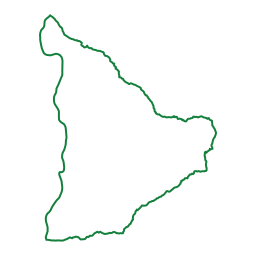 the district of Armenia, Antioquia, Colombia
{"feature_id": "7082276B11935891102033", "entity_name": "Armenia", "entity_type": "district", "adm_level": 2, "iso_a3": "COL", "parent_name": "Colombia", "parent_adm1": "Antioquia", "projection": "mercator", "projection_center": [-75.796, 6.174], "detail": "fine", "context": "isolated", "style": "outline", "palette": "green", "viewbox_px": 256, "rotation_deg": 0, "n_neighbors": 0, "source": "geoboundaries", "source_scale": "gbopen_adm2", "svg_char_len": 5761}
<svg xmlns="http://www.w3.org/2000/svg" viewBox="0 0 256 256"><path d="M178.2,186.3L180.5,183.6L180.6,182.6L181.3,181.9L181.2,181.0L181.5,180.7L182.0,180.7L182.6,180.5L183.0,180.1L183.3,179.7L184.4,179.4L184.8,178.5L185.2,178.2L186.6,178.1L187.3,178.3L187.5,178.2L187.9,176.9L189.9,174.5L190.9,174.5L191.8,173.7L192.2,173.7L192.9,174.1L193.3,174.0L193.7,173.5L194.5,171.3L195.7,171.1L197.1,171.4L197.7,171.4L198.8,171.1L200.3,171.7L202.5,171.2L204.4,171.3L205.0,171.0L205.8,171.0L206.6,170.2L206.6,168.1L206.0,165.7L205.9,164.4L206.4,161.6L206.2,161.1L205.5,160.4L205.3,159.8L205.0,156.9L204.6,155.9L204.9,152.6L205.1,152.2L205.7,151.8L205.9,152.0L206.1,152.8L206.3,152.7L208.5,150.7L209.8,150.0L209.9,149.0L210.8,149.3L212.4,148.8L212.4,147.8L211.5,146.0L211.5,145.0L212.3,143.3L213.0,140.1L214.1,137.7L214.8,137.0L215.9,133.8L216.0,132.8L215.7,131.7L214.6,128.8L213.5,127.3L213.0,126.2L212.3,125.4L212.2,123.2L212.0,122.2L212.1,121.1L211.9,120.8L211.4,120.4L210.5,120.2L209.9,119.8L209.4,119.3L209.0,118.4L208.6,118.1L208.2,118.1L207.7,118.7L207.3,118.8L206.3,118.0L203.8,117.4L201.7,116.4L201.1,116.3L197.9,117.4L196.6,116.8L195.1,117.0L193.9,116.7L193.3,116.7L193.0,117.0L192.6,117.8L192.0,118.1L190.9,118.3L190.1,118.6L188.6,118.8L187.9,119.0L187.6,119.3L186.1,121.3L185.3,121.4L184.9,121.3L184.0,120.8L183.5,120.1L182.6,120.3L182.3,120.2L182.1,120.0L182.1,119.4L181.8,119.2L180.5,118.9L179.6,118.6L178.3,119.0L177.8,118.9L177.2,117.8L177.1,117.2L176.5,116.8L175.5,116.8L174.9,117.2L174.5,117.2L174.3,117.1L174.0,116.3L173.9,116.2L173.4,116.4L172.6,117.1L171.1,117.4L168.5,117.1L166.4,117.4L164.8,116.6L163.3,116.9L162.7,116.8L160.3,115.4L159.2,114.4L157.7,114.4L157.2,114.2L156.2,113.4L155.9,113.3L155.8,112.4L155.7,112.2L154.7,111.5L154.6,111.0L154.6,109.4L153.8,108.4L153.6,107.8L153.5,105.9L152.7,104.3L151.7,102.0L150.3,100.7L149.6,99.5L148.5,98.6L148.3,98.2L148.3,97.5L147.5,96.8L146.8,95.5L146.6,95.3L146.0,95.4L145.8,95.3L144.9,94.3L144.5,93.6L143.7,91.6L141.5,89.9L141.1,89.5L140.9,89.1L140.9,88.2L140.6,87.9L139.5,87.1L137.1,86.0L135.3,84.9L133.4,84.4L131.7,83.5L130.6,83.3L129.4,84.0L128.6,83.9L128.0,83.2L125.7,82.1L124.7,81.4L124.3,80.8L123.4,80.0L123.3,79.2L123.1,78.9L121.8,78.5L121.3,77.8L120.6,77.4L119.6,77.3L119.2,77.0L119.2,76.5L119.4,75.6L118.8,73.7L118.9,71.4L118.2,70.8L117.5,69.8L115.6,68.6L115.6,68.0L115.9,67.6L115.9,67.1L115.6,66.8L114.5,66.0L114.2,65.7L114.1,65.1L114.2,63.7L113.0,63.5L112.8,63.3L112.5,62.6L111.1,61.8L110.3,61.1L110.1,60.5L110.3,59.6L109.4,57.9L108.9,57.3L106.9,56.0L105.2,55.8L104.1,54.3L103.7,52.7L103.2,52.1L102.4,52.0L100.2,51.0L97.2,50.7L96.0,50.1L92.7,49.4L92.2,49.1L91.8,48.3L91.6,48.2L89.7,48.1L88.8,47.8L88.2,47.3L87.7,46.7L87.2,45.8L86.9,45.9L86.2,46.9L85.3,47.3L84.4,47.4L84.0,47.2L83.2,46.3L82.3,45.9L81.8,45.5L81.3,44.8L81.4,44.2L81.7,43.5L81.7,42.7L81.2,42.2L80.8,42.0L80.0,41.4L79.4,41.1L78.0,41.0L77.2,40.3L75.5,40.3L74.7,40.0L73.0,39.2L71.9,39.1L69.1,37.8L66.9,36.2L64.5,34.7L64.2,34.3L63.4,32.2L62.7,31.1L62.5,30.6L62.3,28.9L61.7,27.8L61.3,27.4L60.0,26.6L58.6,24.2L58.0,22.7L55.4,20.2L54.9,19.2L52.4,16.9L50.9,16.0L50.2,15.4L48.8,16.8L46.5,18.6L45.0,20.3L44.6,21.6L44.4,24.6L44.1,26.4L43.6,27.4L43.0,28.3L41.5,29.7L40.8,31.2L40.2,33.3L40.0,35.4L40.2,37.2L40.2,39.9L41.0,44.6L41.9,48.5L43.5,52.4L44.2,53.5L45.4,54.3L46.8,54.9L48.0,55.1L50.7,55.3L55.4,53.9L56.9,53.9L58.6,54.4L60.1,55.3L61.4,56.9L62.1,58.6L62.4,60.1L62.5,61.8L62.3,70.1L62.3,75.2L61.2,77.6L58.4,84.6L56.5,88.5L56.2,92.0L55.7,93.4L54.7,95.1L54.1,96.8L53.9,99.0L54.1,101.7L54.4,103.0L54.8,104.1L57.8,108.8L58.6,110.4L58.9,111.7L58.9,113.0L58.9,116.9L59.0,119.1L59.2,120.1L60.5,121.8L63.9,124.1L64.5,124.8L65.6,127.3L66.0,130.9L66.5,137.1L66.4,138.6L66.0,140.0L65.7,144.3L65.4,145.9L64.2,149.9L62.6,152.9L62.1,155.5L62.1,157.8L63.5,161.5L63.8,163.7L64.2,167.6L64.0,169.5L63.7,170.7L63.2,171.3L62.4,171.9L61.6,172.2L60.0,172.1L59.4,172.5L59.2,173.2L59.4,175.1L61.5,180.9L62.2,186.3L62.3,188.7L61.9,190.8L61.6,192.0L59.3,197.5L58.7,198.3L57.1,199.8L55.6,201.7L53.6,204.6L52.0,207.1L50.8,209.8L49.2,212.1L47.6,213.4L46.5,215.2L45.9,217.3L45.8,219.4L46.1,221.7L47.6,227.2L47.6,229.3L47.6,231.4L45.9,236.6L45.8,237.3L46.0,238.6L46.5,239.8L48.0,239.8L52.0,240.5L53.5,240.4L55.5,240.6L57.4,240.4L62.5,240.6L63.6,240.3L67.9,238.6L69.1,237.7L69.9,237.4L71.6,238.1L72.2,238.2L73.0,237.4L74.1,237.3L75.5,236.7L76.2,236.7L78.1,237.1L78.8,237.6L80.3,239.2L80.6,239.4L84.2,239.2L85.0,239.0L85.9,238.1L86.6,237.1L86.8,236.9L87.0,236.8L88.1,237.0L88.7,236.9L89.7,235.8L91.7,235.8L92.3,235.6L92.6,235.4L94.5,233.3L95.9,232.6L97.0,231.9L97.3,231.8L97.6,231.8L98.3,232.4L98.6,232.6L98.9,232.5L99.0,232.3L99.4,232.3L99.9,231.9L100.4,231.8L101.8,232.8L103.9,233.7L105.1,234.0L107.0,233.6L107.8,233.6L108.7,233.3L109.4,232.8L111.1,233.1L111.7,233.0L113.6,231.9L115.3,232.3L115.7,232.5L116.2,233.0L116.6,233.2L117.6,233.1L118.7,233.5L119.0,233.5L120.1,233.2L122.8,233.3L123.1,233.0L123.3,231.7L123.9,231.0L124.1,229.1L125.2,228.3L126.3,227.1L126.7,226.9L127.6,226.8L128.1,226.1L128.8,225.6L129.1,224.9L129.6,224.2L130.7,223.7L130.9,222.6L131.8,221.4L131.9,220.6L132.9,219.7L133.0,219.2L132.8,218.9L132.8,218.2L133.0,217.5L133.0,216.8L133.2,216.0L133.4,215.4L134.0,214.6L135.0,213.6L135.4,212.7L135.5,211.7L135.9,211.0L136.4,210.5L136.8,209.7L137.1,209.7L137.4,210.0L137.7,210.1L140.2,207.7L141.2,206.5L142.1,205.5L144.0,205.7L145.3,205.6L146.5,205.2L147.0,204.8L148.8,202.5L149.3,202.2L151.2,201.6L152.2,201.0L153.3,201.0L155.8,199.4L156.6,198.5L157.0,198.3L157.6,198.4L159.5,197.0L161.0,196.6L161.3,196.5L161.7,195.7L162.2,195.5L162.9,195.3L163.8,194.7L164.8,193.6L166.6,191.2L167.1,191.1L169.0,191.7L169.7,191.6L171.4,190.3L172.0,189.6L172.9,189.0L173.6,188.2L175.0,187.4L176.3,187.2L178.2,186.3Z" fill="none" stroke="#15803d" stroke-width="2"/></svg>